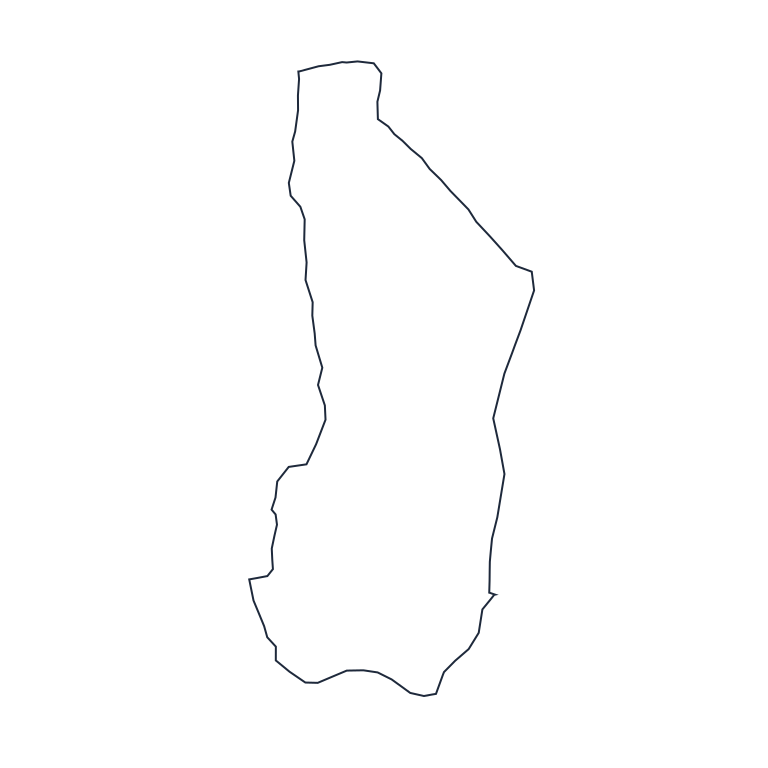 the district of Arsos Larnakas, Cyprus, rotated 14°
{"feature_id": "46923920B32733260957571", "entity_name": "Arsos Larnakas", "entity_type": "district", "adm_level": 2, "iso_a3": "CYP", "parent_name": "Cyprus", "parent_adm1": "", "projection": "natural_earth1", "projection_center": [33.634, 35.079], "detail": "fine", "context": "isolated", "style": "outline", "palette": "slate", "viewbox_px": 768, "rotation_deg": 14, "n_neighbors": 0, "source": "geoboundaries", "source_scale": "gbopen_adm2", "svg_char_len": 1536}
<svg xmlns="http://www.w3.org/2000/svg" viewBox="0 0 768 768"><g transform="rotate(14 384 384)"><path d="M225.3,101.5L227.8,108.6L230.7,124.9L234.4,139.2L236.7,160.5L236.4,171.0L243.0,189.1L243.0,211.9L247.9,223.9L260.0,232.3L267.2,243.4L271.8,263.8L279.5,284.8L282.7,302.1L295.0,321.9L297.9,335.0L304.5,351.7L308.3,363.1L320.2,383.1L320.2,400.9L331.8,419.1L335.9,432.8L332.7,458.8L328.2,480.7L311.6,487.5L304.0,504.4L306.2,520.4L305.3,533.1L310.4,536.8L314.2,546.4L314.4,557.4L314.9,570.8L318.1,581.5L321.0,590.5L317.3,598.6L316.8,598.8L307.9,602.9L300.5,606.2L304.3,614.2L309.8,625.7L317.9,636.6L326.3,648.0L332.0,658.0L342.6,665.0L345.9,678.4L361.9,686.0L379.9,692.7L392.0,690.0L405.7,679.7L417.2,671.1L433.2,666.8L447.6,665.4L462.9,668.8L484.2,677.4L498.2,677.1L505.7,673.7L509.4,672.1L511.5,652.0L511.9,649.0L520.0,635.3L530.3,620.7L536.1,602.5L534.0,578.9L539.3,567.7L540.4,565.3L541.6,562.6L541.9,561.9L542.7,561.5L536.8,561.0L536.6,561.0L534.1,549.6L531.6,539.1L529.7,530.9L528.1,520.6L526.2,507.8L526.2,487.3L526.2,485.9L522.7,442.6L522.7,442.3L512.3,419.2L498.3,390.9L498.3,355.8L498.3,344.8L500.8,323.0L501.7,314.5L503.5,298.8L507.0,256.9L500.2,239.3L483.4,237.5L466.4,225.5L451.5,215.4L434.3,204.3L423.7,194.2L401.7,180.6L390.1,172.3L376.3,164.3L366.1,155.7L353.1,149.5L343.2,143.6L333.6,139.1L325.9,133.1L314.0,128.5L309.3,111.7L309.2,100.1L306.3,83.2L304.2,81.5L301.5,79.3L296.5,75.3L280.3,77.4L270.0,81.1L265.5,81.8L254.2,87.4L243.7,91.5L226.2,101.2L225.3,101.5Z" fill="none" stroke="#1e293b" stroke-width="2"/></g></svg>